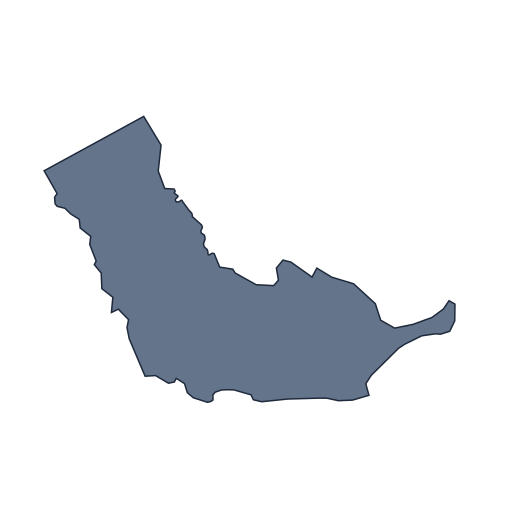 outline of Kent, Maryland, United States of America, rotated 245°
{"feature_id": "52423323B63738133159827", "entity_name": "Kent", "entity_type": "district", "adm_level": 2, "iso_a3": "USA", "parent_name": "United States of America", "parent_adm1": "Maryland", "projection": "mercator", "projection_center": [-76.025, 39.196], "detail": "fine", "context": "isolated", "style": "filled", "palette": "slate", "viewbox_px": 512, "rotation_deg": 245, "n_neighbors": 0, "source": "geoboundaries", "source_scale": "gbopen_adm2", "svg_char_len": 1854}
<svg xmlns="http://www.w3.org/2000/svg" viewBox="0 0 512 512"><g transform="rotate(245 256 256)"><path d="M422.8,100.0L396.7,102.1L394.2,98.2L388.2,96.0L385.0,96.8L380.0,103.0L372.5,105.8L363.9,111.3L355.7,108.5L343.6,114.5L336.8,110.2L319.0,109.0L316.5,105.8L306.0,108.5L291.5,102.5L279.1,108.8L265.9,101.1L266.0,108.8L263.2,109.7L252.2,113.6L245.6,108.8L234.4,106.1L193.9,104.7L190.1,114.4L177.7,122.9L176.3,128.7L178.8,132.0L170.6,137.3L161.2,136.0L154.0,139.3L143.9,150.2L143.2,153.6L143.7,156.2L148.3,158.2L149.8,161.3L149.2,168.0L146.7,174.0L143.9,179.5L132.3,192.8L126.8,192.9L121.5,199.6L113.0,224.2L100.3,253.6L97.2,260.1L90.0,269.6L84.6,282.6L82.0,299.5L93.8,301.5L99.1,309.9L112.1,346.2L113.2,353.5L113.6,372.2L113.6,372.5L109.7,385.5L109.4,386.1L107.1,390.4L105.9,399.8L113.2,408.7L128.3,416.0L133.9,412.1L128.7,403.3L125.9,389.3L126.5,383.3L127.1,375.8L127.7,369.3L132.1,351.1L145.1,341.9L156.1,343.2L162.3,344.0L189.6,332.7L204.8,315.7L219.3,306.0L213.2,297.9L235.8,285.0L240.9,278.7L236.5,269.4L224.6,266.1L221.7,259.5L229.9,244.0L249.4,229.9L253.9,229.4L261.3,218.4L275.7,219.1L276.2,218.8L276.7,218.1L277.0,217.3L277.1,216.5L276.8,214.9L276.8,214.1L277.0,213.7L277.4,213.3L277.7,213.3L278.2,213.4L278.9,213.6L279.7,214.0L280.6,214.3L281.6,214.4L282.7,214.4L285.5,213.2L287.3,213.0L289.7,213.9L292.5,216.8L295.2,217.8L296.8,218.0L299.8,216.2L301.9,216.5L304.4,219.3L305.3,219.7L307.1,219.8L318.4,215.0L320.0,215.5L321.1,215.8L322.5,215.7L325.7,214.6L335.6,212.6L337.5,212.4L338.0,212.1L338.2,211.7L337.9,210.9L337.8,209.7L338.0,207.8L338.7,206.8L339.6,206.4L340.9,206.6L341.8,207.4L342.4,209.7L343.0,210.5L343.7,210.6L346.0,209.3L347.5,208.6L348.2,208.9L348.5,209.8L349.5,210.2L351.3,210.1L355.7,201.8L374.3,203.3L396.6,216.8L430.0,213.2L427.2,169.6L422.8,100.1L422.8,100.0Z" fill="#64748b" stroke="#1e293b" stroke-width="1.5"/></g></svg>